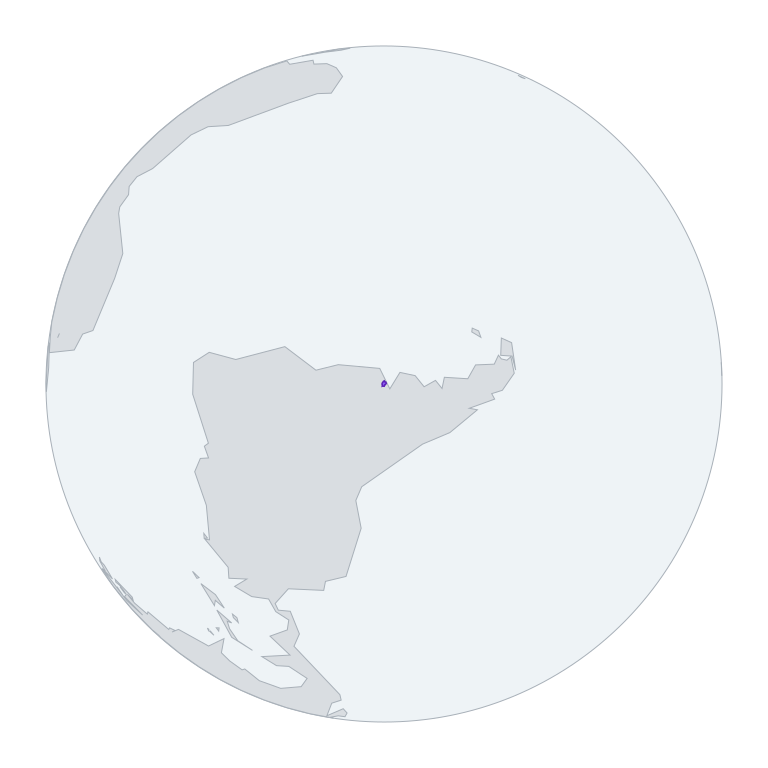 the Earth from above Flores, rotated 236°
{"feature_id": "URY-7", "entity_name": "Flores", "entity_type": "Department", "adm_level": 1, "iso_a3": "URY", "parent_name": "Uruguay", "parent_adm1": "", "projection": "orthographic", "projection_center": [-56.945, -33.556], "detail": "fine", "context": "on_globe", "style": "filled", "palette": "violet", "viewbox_px": 768, "rotation_deg": 236, "n_neighbors": 0, "source": "natural_earth", "source_scale": "10m", "svg_char_len": 3925}
<svg xmlns="http://www.w3.org/2000/svg" viewBox="0 0 768 768"><g transform="rotate(236 384 384)"><circle cx="384" cy="384" r="338" fill="#eef3f6" stroke="#a8b0b8"/><path d="M298.9,57.0L298.0,57.2L301.4,56.8L308.2,54.9L308.0,54.7L337.9,49.2L368.1,46.5L388.2,46.6L388.6,47.1L372.4,48.2L348.5,49.7L327.4,54.7L352.9,50.0L353.4,52.5L358.4,52.7L365.2,52.2L369.6,50.9L372.3,51.9L348.1,56.1L345.4,55.2L353.1,53.6L341.8,54.7L325.6,59.1L327.1,60.9L300.9,68.3L301.7,69.9L296.4,73.0L296.9,69.6L295.5,76.4L264.9,92.0L262.4,109.0L252.1,98.9L240.7,101.2L226.4,106.5L225.6,109.2L207.8,114.7L189.4,128.2L179.4,146.1L182.9,155.6L203.1,147.2L210.6,137.4L226.3,130.3L211.8,154.5L238.7,148.5L234.2,166.3L241.6,173.1L255.8,167.0L270.3,168.1L281.7,155.5L299.7,147.0L299.0,161.2L309.7,146.8L319.2,152.3L355.4,148.8L352.4,152.2L382.8,168.9L417.1,178.0L425.0,190.1L420.8,197.2L432.9,200.3L433.1,205.3L482.5,219.7L508.4,238.1L508.0,256.8L487.2,274.8L470.4,322.7L433.5,335.3L425.6,356.9L399.3,389.2L376.7,386.1L384.7,403.7L373.5,414.5L359.3,415.7L358.2,428.7L347.8,429.6L355.8,437.8L341.5,456.4L348.6,470.6L338.8,486.5L343.9,495.0L339.2,495.3L335.0,499.2L335.6,504.4L320.1,498.0L312.6,478.6L315.8,467.9L309.6,467.3L316.2,441.1L310.4,447.0L306.9,411.5L312.6,382.3L311.3,308.1L303.2,295.5L277.2,284.4L245.7,244.9L253.1,225.1L246.6,218.6L267.7,190.2L262.9,171.0L255.6,169.9L248.0,179.2L224.1,174.1L216.9,162.7L151.1,173.7L145.9,171.7L148.6,162.2L140.9,151.1L137.6,168.6L131.9,169.4L130.0,165.6L134.5,160.5L137.8,153.0L135.2,155.3L152.2,138.1L170.4,122.1L189.7,107.5L210.0,94.3L231.1,82.6L253.1,72.5L275.7,63.9L298.9,57.0ZM259.2,116.1L290.1,119.0L271.1,124.1L275.0,121.4L267.4,119.1L252.9,119.2L236.7,126.0L259.2,116.1ZM276.3,101.9L270.8,102.5L276.4,101.2L276.3,101.9ZM346.9,512.9L321.9,500.9L335.5,505.8L342.5,496.8L356.5,507.0L346.9,512.9ZM368.5,490.4L378.1,485.9L381.0,488.4L375.1,492.1L368.5,490.4ZM602.7,126.4L605.5,129.5L598.3,124.7L585.0,115.1L566.3,99.7L574.3,104.8L602.7,126.4ZM712.9,461.4L706.2,484.1L701.8,484.6L692.1,506.2L688.4,504.8L681.5,515.8L672.8,521.3L662.1,521.6L654.6,502.9L662.0,491.1L670.4,461.3L685.4,399.5L695.7,382.0L698.4,363.3L692.0,312.7L694.0,295.2L690.3,283.2L683.8,278.1L678.6,264.0L673.8,259.4L638.2,240.4L622.2,219.8L591.1,172.6L593.9,162.1L585.4,146.2L597.1,124.1L609.7,133.7L621.1,143.2L638.0,161.2L653.6,180.3L667.8,200.6L680.5,221.8L691.5,243.9L700.9,266.8L708.7,290.3L714.6,314.2L718.9,338.6L721.3,363.2L721.9,387.9L720.7,412.6L717.7,437.1L712.9,461.4ZM604.9,139.3L607.4,143.2L604.9,139.3ZM356.6,148.6L360.9,151.1L355.0,151.5L356.6,148.6ZM267.7,129.8L274.6,128.5L278.0,129.7L272.5,131.4L267.7,129.8ZM327.5,120.2L335.8,120.5L326.9,122.4L327.5,120.2ZM295.1,119.5L320.9,120.6L303.6,126.5L287.5,126.3L299.0,123.2L295.1,119.5ZM271.6,108.8L275.7,108.6L274.0,110.9L271.6,108.8ZM280.4,101.1L278.6,101.6L276.9,100.5L280.4,101.1ZM354.8,52.3L356.8,52.0L363.4,51.7L359.7,52.4L354.8,52.3ZM396.3,49.5L399.7,51.3L394.7,50.1L390.2,50.8L374.2,49.9L387.9,47.3L384.6,48.3L396.3,49.5ZM356.6,49.2L365.3,49.3L355.3,49.4L356.6,49.2ZM565.0,667.7L558.0,671.9L561.2,669.4L565.0,667.7ZM687.1,533.4L681.3,543.8L684.7,535.2L692.2,520.4L701.7,499.2L687.1,533.4ZM201.9,668.6L210.5,674.0L213.4,675.7L201.9,668.6Z" fill="#d9dde1" stroke="#a8b0b8" stroke-width="1"/><path d="M383.1,381.4L383.3,381.7L383.5,381.8L383.9,381.8L384.0,381.8L384.3,381.9L384.5,382.0L384.6,382.3L384.9,382.3L385.0,382.4L385.3,382.5L385.5,382.7L385.8,383.1L385.9,383.3L385.9,383.5L386.0,383.6L386.1,383.8L386.4,384.8L386.5,384.9L386.5,385.1L386.5,385.8L386.5,386.0L386.4,386.0L385.8,385.8L385.7,385.7L385.5,385.9L385.4,386.0L384.9,386.1L384.6,386.4L384.6,386.5L384.4,386.5L383.6,386.4L383.4,386.4L383.2,386.2L383.1,385.9L383.1,385.7L382.8,385.2L382.9,384.5L382.9,384.4L382.9,384.2L382.7,384.2L382.5,383.9L382.4,383.8L382.4,383.7L382.3,383.3L382.3,383.2L382.2,383.2L382.0,382.9L382.6,382.2L383.0,381.7L383.1,381.4Z" fill="#8b5cf6" stroke="#5b21b6" stroke-width="1.5"/></g></svg>